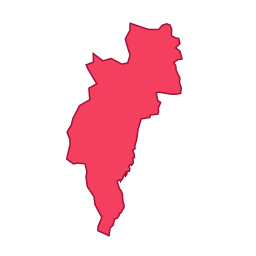 Shkodër, Shkodër, Albania (Albers equal-area conic projection), rotated 170°
{"feature_id": "67620474B15717375113052", "entity_name": "Shkodër", "entity_type": "district", "adm_level": 2, "iso_a3": "ALB", "parent_name": "Albania", "parent_adm1": "Shkodër", "projection": "albers", "projection_center": [19.63, 42.154], "detail": "fine", "context": "isolated", "style": "filled", "palette": "rose", "viewbox_px": 256, "rotation_deg": 170, "n_neighbors": 0, "source": "geoboundaries", "source_scale": "gbopen_adm2", "svg_char_len": 1599}
<svg xmlns="http://www.w3.org/2000/svg" viewBox="0 0 256 256"><g transform="rotate(170 128 128)"><path d="M96.1,136.5L95.0,138.9L94.6,142.5L91.4,147.5L93.9,149.8L94.1,157.9L91.3,157.9L79.3,153.7L74.6,153.0L70.2,152.9L68.6,158.2L69.4,163.5L68.3,168.4L69.6,172.9L70.6,177.2L70.1,181.0L71.6,184.5L67.2,186.6L62.8,186.6L63.5,194.7L67.2,198.6L62.2,202.1L62.4,207.3L65.3,208.4L69.2,211.2L67.9,217.5L68.7,222.1L71.8,223.9L76.5,223.2L80.7,219.7L90.1,221.4L95.3,223.9L107.7,230.8L108.1,228.8L109.2,223.8L115.1,216.3L114.8,210.8L113.3,199.4L117.0,192.2L123.0,192.0L132.6,199.4L141.0,198.5L146.0,203.8L149.3,207.4L150.6,198.9L158.3,197.4L157.3,193.5L155.1,187.6L151.1,177.0L159.6,174.0L160.7,162.5L171.8,158.5L180.6,147.0L183.2,141.0L188.7,134.5L187.2,126.6L188.0,121.6L193.8,108.1L187.9,102.1L183.5,102.2L176.5,100.2L176.1,92.2L177.9,86.7L178.2,77.3L173.4,66.3L173.8,58.3L169.3,44.4L170.2,43.1L171.3,41.3L172.4,39.7L173.5,38.0L174.5,36.4L175.5,32.1L165.4,25.2L164.9,26.7L163.1,32.5L159.4,35.1L159.2,35.3L158.4,37.7L157.0,40.6L155.5,40.9L154.1,41.2L152.0,43.4L151.1,45.4L149.9,45.4L148.0,47.9L145.9,50.1L145.2,53.3L145.7,55.6L145.7,57.2L145.0,63.9L145.7,67.4L147.1,69.9L147.3,72.5L148.0,77.6L145.0,78.5L144.7,76.6L141.7,79.5L141.2,81.1L138.4,84.0L139.3,80.4L137.0,83.0L136.5,85.2L134.1,85.2L133.2,88.1L134.1,90.0L131.3,91.9L130.8,90.7L128.9,92.6L128.7,93.8L128.5,97.7L126.8,97.7L126.4,100.9L126.6,101.5L127.3,105.3L124.7,106.3L124.5,108.8L123.0,112.0L121.4,115.2L120.2,119.0L118.5,124.5L115.7,130.2L113.3,134.7L104.6,134.6L103.9,136.9L96.1,136.5Z" fill="#f43f5e" stroke="#9f1239" stroke-width="1.5"/></g></svg>